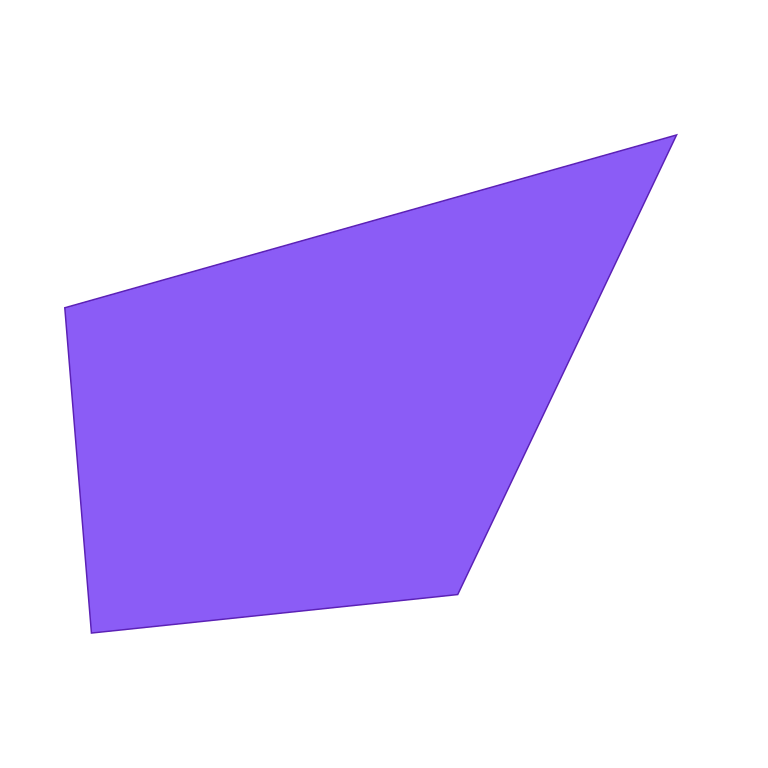 outline of Island Harbour, rotated 354°
{"feature_id": "AIA-5117", "entity_name": "Island Harbour", "entity_type": "District", "adm_level": 1, "iso_a3": "AIA", "parent_name": "Anguilla", "parent_adm1": "", "projection": "natural_earth1", "projection_center": [-63.003, 18.271], "detail": "fine", "context": "isolated", "style": "filled", "palette": "violet", "viewbox_px": 768, "rotation_deg": 354, "n_neighbors": 0, "source": "natural_earth", "source_scale": "10m", "svg_char_len": 228}
<svg xmlns="http://www.w3.org/2000/svg" viewBox="0 0 768 768"><g transform="rotate(354 384 384)"><path d="M74.5,274.8L701.0,166.9L435.3,601.1L67.0,601.1L74.5,274.8Z" fill="#8b5cf6" stroke="#5b21b6" stroke-width="1.5"/></g></svg>